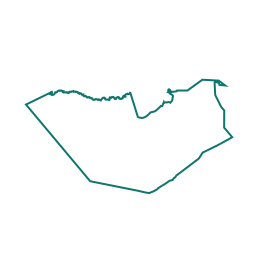 the district of Capulálpam de Méndez, Oaxaca, Mexico, rotated 189°
{"feature_id": "50627088B77206539090101", "entity_name": "Capulálpam de Méndez", "entity_type": "district", "adm_level": 2, "iso_a3": "MEX", "parent_name": "Mexico", "parent_adm1": "Oaxaca", "projection": "robinson", "projection_center": [-96.41, 17.316], "detail": "fine", "context": "isolated", "style": "outline", "palette": "teal", "viewbox_px": 256, "rotation_deg": 189, "n_neighbors": 0, "source": "geoboundaries", "source_scale": "gbopen_adm2", "svg_char_len": 4633}
<svg xmlns="http://www.w3.org/2000/svg" viewBox="0 0 256 256"><g transform="rotate(189 128 128)"><path d="M157.0,69.5L108.8,67.6L100.0,67.0L98.5,67.0L96.7,67.1L94.3,68.7L93.8,68.8L89.6,72.0L89.0,73.1L85.9,75.9L82.7,78.5L78.7,82.4L75.8,83.6L74.6,86.0L73.9,86.4L72.8,88.6L53.2,109.0L50.4,115.4L36.6,125.1L23.6,135.2L33.1,143.4L35.7,160.4L39.1,163.2L47.0,174.2L49.5,185.9L49.4,187.3L45.3,186.8L44.5,184.9L38.7,185.2L38.9,185.3L45.8,189.0L62.1,187.3L75.2,174.3L85.4,172.7L85.5,172.4L85.7,171.9L86.5,171.5L87.6,171.3L88.6,171.0L88.9,170.9L89.1,170.8L90.1,170.8L90.4,170.7L91.1,170.6L91.5,170.6L91.8,170.8L91.9,171.0L92.0,171.4L92.1,171.6L92.5,172.1L92.9,172.4L93.5,172.6L93.9,172.5L94.1,172.1L94.1,171.8L94.1,171.7L93.6,171.9L93.4,172.0L93.2,172.0L93.1,171.9L92.7,171.8L92.3,171.3L92.3,171.1L91.9,170.3L90.9,170.2L91.3,169.7L92.0,169.8L93.0,170.3L93.3,170.1L93.5,170.0L93.7,169.8L93.3,169.8L92.9,169.8L92.7,169.6L92.4,169.1L92.3,168.9L92.2,168.9L92.2,168.7L89.0,167.3L88.6,166.8L88.5,166.0L88.6,165.5L88.7,165.1L88.8,164.8L88.5,163.6L88.7,162.7L88.9,161.7L89.3,160.8L89.6,160.5L90.1,159.6L90.8,159.8L91.4,159.9L91.9,160.0L92.3,159.9L92.8,159.6L93.4,159.4L93.9,159.4L94.8,159.2L95.5,159.1L95.7,158.9L95.9,158.6L96.2,158.6L96.4,158.6L96.6,158.7L96.7,158.9L96.8,158.4L97.0,157.6L97.2,156.8L97.4,155.9L97.7,155.0L98.1,154.8L98.5,154.9L98.9,155.0L99.0,154.9L99.9,153.6L100.5,152.8L101.3,151.8L102.1,150.8L103.0,149.7L104.2,148.6L105.4,148.1L106.8,147.5L108.1,147.0L108.7,146.3L109.3,145.3L111.1,143.1L112.5,141.7L113.4,141.1L114.4,140.6L115.9,140.0L117.0,140.1L117.9,140.1L118.9,140.1L120.0,140.5L131.2,163.1L131.5,163.1L131.7,162.2L132.3,161.9L132.9,161.8L132.8,161.5L133.7,161.3L134.1,161.7L134.8,161.2L135.1,161.1L135.3,160.8L136.3,159.7L135.4,158.6L136.1,158.3L136.9,158.4L137.1,158.4L137.6,158.7L137.8,158.3L137.8,158.0L137.8,157.2L137.9,156.7L138.2,156.7L138.4,156.3L138.5,156.0L138.8,155.9L139.0,155.8L139.3,155.7L139.4,155.9L139.7,155.7L140.0,155.7L140.3,155.6L140.6,155.5L140.8,155.6L141.0,155.9L141.1,155.7L141.3,155.7L141.4,155.9L141.4,156.1L141.6,156.1L141.7,156.3L141.9,156.5L142.0,156.8L142.2,157.0L142.4,157.0L142.7,157.0L143.0,157.0L143.4,156.8L143.6,156.5L143.8,156.3L144.0,156.1L144.0,155.9L144.2,155.5L144.4,155.5L144.4,155.2L144.6,155.1L144.7,154.7L144.9,154.6L145.0,154.6L145.4,154.6L145.5,154.8L146.5,155.6L146.8,155.9L147.0,156.2L147.2,156.4L147.4,156.4L147.7,156.4L147.9,156.3L148.0,156.3L148.2,156.2L148.4,155.9L148.7,155.7L149.0,155.8L149.2,155.5L149.4,155.6L149.6,155.0L150.0,154.8L150.8,155.1L150.8,154.7L150.8,154.1L150.8,153.4L150.6,152.9L150.7,152.7L151.1,152.6L151.7,153.1L153.4,152.7L153.6,152.8L154.1,152.6L154.7,152.6L155.0,153.0L155.5,153.3L155.4,153.9L156.4,154.3L157.0,154.0L157.4,154.0L158.1,153.2L158.6,152.3L159.1,151.0L160.1,151.2L161.3,151.8L162.0,150.9L162.8,151.3L163.1,151.4L163.4,151.6L164.4,151.5L164.8,151.0L165.4,151.0L166.1,150.3L166.8,150.5L167.3,150.6L167.6,150.9L167.8,151.5L168.4,151.5L168.5,151.8L169.3,152.0L169.7,151.8L170.2,151.9L170.4,152.2L170.9,152.4L171.3,152.5L171.4,152.2L171.7,152.4L172.1,152.1L172.5,152.1L172.9,151.8L173.3,152.1L173.6,151.9L173.9,152.1L174.2,152.4L174.5,152.8L174.7,153.0L175.1,153.1L175.3,152.9L175.5,152.8L175.7,152.6L176.2,152.6L176.5,152.8L176.6,152.7L176.7,152.8L176.8,153.1L177.0,153.1L177.4,153.2L177.5,153.4L177.5,153.6L177.8,153.6L177.7,154.0L178.0,153.9L178.2,153.7L178.3,154.0L178.5,154.0L178.8,154.0L179.2,154.0L179.4,154.4L179.6,154.6L179.8,154.5L180.1,154.6L180.3,154.7L180.5,154.8L180.8,154.7L181.0,154.9L181.2,154.7L181.3,154.4L181.6,154.6L181.8,154.4L182.3,154.5L182.3,154.9L182.6,155.2L182.9,155.4L183.4,155.2L183.7,155.4L183.9,155.6L184.4,155.7L184.8,155.8L185.0,155.5L185.4,155.4L185.6,155.7L186.2,155.6L186.8,155.6L187.1,155.3L187.5,155.5L187.7,155.8L188.0,155.5L188.3,155.4L188.6,155.3L188.8,155.4L189.0,155.2L189.5,155.2L190.0,155.1L190.1,154.7L190.5,154.7L191.0,154.6L191.3,154.7L191.7,154.4L192.0,153.9L191.9,153.5L192.0,153.3L192.3,153.1L192.7,153.5L193.2,153.8L193.5,153.6L193.8,153.4L194.1,153.5L194.3,153.7L194.6,153.7L195.0,153.3L195.3,153.4L195.6,153.4L195.9,153.4L196.1,153.4L196.4,153.5L196.9,153.5L197.0,153.1L197.4,153.0L197.7,153.2L198.0,153.5L198.2,153.4L198.4,153.9L198.2,154.2L198.9,154.1L199.5,154.2L199.6,154.6L199.8,154.6L199.9,154.3L201.2,154.4L201.7,153.9L202.3,154.1L202.8,153.8L203.6,153.0L203.9,152.1L204.8,151.7L205.4,151.9L206.2,149.7L207.3,149.0L207.7,148.8L208.7,148.8L208.9,149.6L208.7,150.1L208.6,151.0L208.7,151.5L208.9,151.8L209.4,151.5L209.9,150.5L210.1,149.9L210.3,149.6L210.6,149.4L211.0,149.3L211.4,149.5L211.4,149.9L232.4,135.2L157.0,69.5Z" fill="none" stroke="#0f766e" stroke-width="2"/></g></svg>